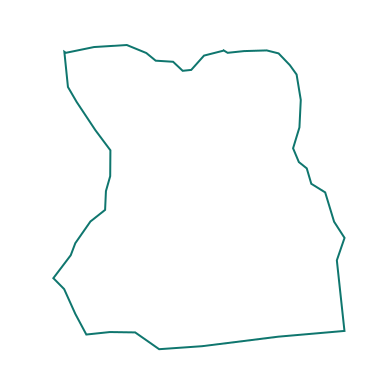 the district of Karlshamn, Blekinge, Sweden, rotated 354°
{"feature_id": "70781695B12582384293132", "entity_name": "Karlshamn", "entity_type": "district", "adm_level": 2, "iso_a3": "SWE", "parent_name": "Sweden", "parent_adm1": "Blekinge", "projection": "albers", "projection_center": [14.872, 56.287], "detail": "fine", "context": "isolated", "style": "outline", "palette": "teal", "viewbox_px": 384, "rotation_deg": 354, "n_neighbors": 0, "source": "geoboundaries", "source_scale": "gbopen_adm2", "svg_char_len": 733}
<svg xmlns="http://www.w3.org/2000/svg" viewBox="0 0 384 384"><g transform="rotate(354 192 192)"><path d="M45.1,263.2L54.7,275.2L63.2,301.0L72.0,322.7L95.7,322.7L120.8,325.7L142.9,344.9L185.8,346.4L262.6,344.9L329.1,346.1L329.0,311.1L328.9,275.1L338.9,253.6L330.2,236.4L324.4,206.3L311.5,196.3L308.6,180.5L301.4,173.4L297.1,159.1L305.6,139.0L309.8,111.8L308.3,86.1L302.6,76.1L292.6,63.2L281.1,59.0L258.4,57.3L242.0,57.3L238.3,54.5L238.2,54.7L218.2,57.6L204.0,70.5L195.4,70.5L186.8,60.5L169.6,57.6L161.1,49.0L142.5,39.0L109.7,37.6L81.1,40.4L79.7,39.2L79.6,74.6L86.7,90.4L102.4,120.5L115.2,142.0L112.3,167.7L106.5,182.1L103.7,200.7L87.9,210.7L70.6,230.7L64.8,242.2L45.1,263.2Z" fill="none" stroke="#0f766e" stroke-width="2"/></g></svg>